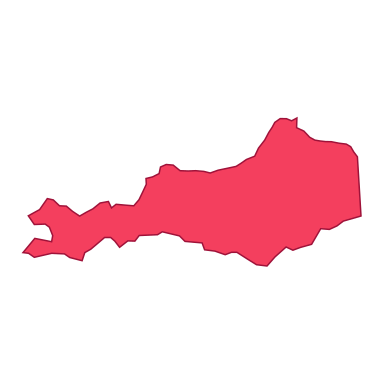 outline of Nova Araçá, Rio Grande do Sul, Brazil
{"feature_id": "56859067B37354082444781", "entity_name": "Nova Araçá", "entity_type": "district", "adm_level": 2, "iso_a3": "BRA", "parent_name": "Brazil", "parent_adm1": "Rio Grande do Sul", "projection": "albers", "projection_center": [-51.769, -28.646], "detail": "fine", "context": "isolated", "style": "filled", "palette": "rose", "viewbox_px": 384, "rotation_deg": 0, "n_neighbors": 0, "source": "geoboundaries", "source_scale": "gbopen_adm2", "svg_char_len": 1342}
<svg xmlns="http://www.w3.org/2000/svg" viewBox="0 0 384 384"><path d="M49.4,227.2L52.7,235.6L51.6,241.7L34.8,238.4L23.0,252.6L28.6,253.3L34.3,257.3L51.7,253.3L64.5,253.9L69.7,257.5L82.1,260.7L84.8,252.6L90.8,249.2L104.6,237.5L110.7,237.5L114.8,241.1L119.6,247.3L127.8,240.9L134.9,241.1L139.2,235.5L157.5,234.7L162.3,231.8L179.5,235.9L185.0,241.4L202.1,242.9L204.6,249.8L214.9,251.1L225.2,254.7L231.5,252.3L236.9,252.3L247.2,258.9L256.5,264.7L267.0,266.0L275.0,256.9L286.1,247.0L292.9,250.2L300.5,247.4L311.6,244.3L320.7,228.7L329.4,229.4L337.0,225.9L343.3,221.1L361.0,216.0L357.4,156.8L353.7,151.9L350.7,146.7L346.3,144.1L339.0,143.2L331.3,141.7L325.6,141.6L320.2,141.0L314.8,140.1L309.6,137.2L303.9,131.1L296.6,127.7L296.9,118.0L291.6,120.8L286.5,118.7L280.2,118.6L274.8,122.4L272.1,127.4L268.8,132.4L264.7,140.1L258.5,148.1L254.7,156.2L246.4,159.5L241.0,163.3L236.1,166.4L227.7,168.2L218.1,170.2L210.2,173.0L203.8,171.4L195.6,170.7L188.2,171.0L180.1,170.7L173.2,165.1L166.2,164.5L160.5,167.0L159.1,173.6L152.5,176.9L146.0,178.5L146.3,184.3L142.8,191.8L139.0,199.7L133.8,205.8L124.9,205.1L116.1,204.3L111.5,207.9L108.4,201.5L100.1,203.0L92.8,208.9L86.4,212.2L79.6,216.1L72.6,211.4L66.3,206.1L59.5,205.8L53.3,199.9L47.3,198.6L39.6,209.6L28.3,215.8L34.3,224.5L45.2,224.1L49.4,227.2Z" fill="#f43f5e" stroke="#9f1239" stroke-width="1.5"/></svg>